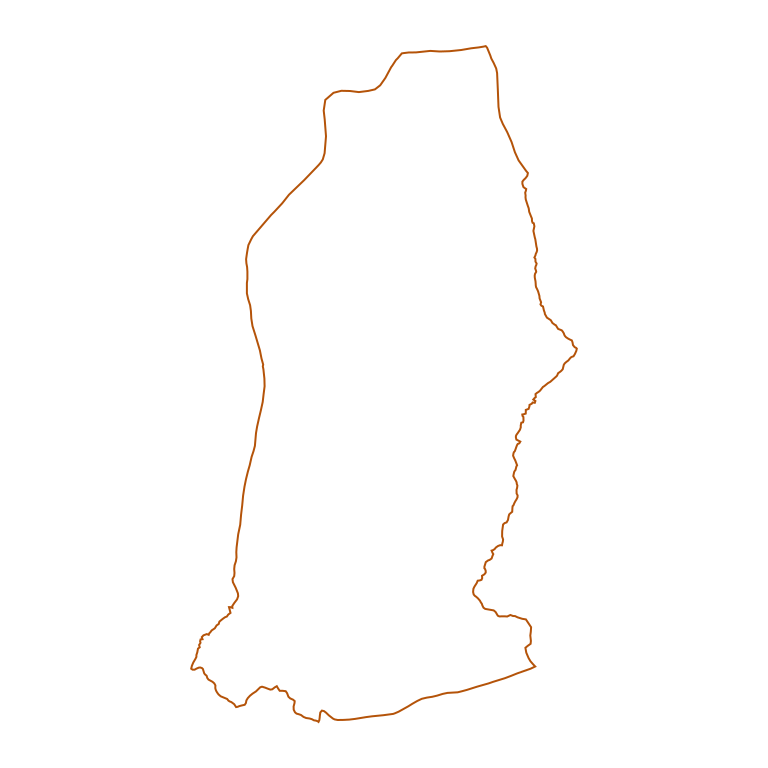 Kampong Trabaek, Prey Vêng, Cambodia
{"feature_id": "14789045B10100754303768", "entity_name": "Kampong Trabaek", "entity_type": "district", "adm_level": 2, "iso_a3": "KHM", "parent_name": "Cambodia", "parent_adm1": "Prey Vêng", "projection": "natural_earth1", "projection_center": [105.549, 11.105], "detail": "fine", "context": "isolated", "style": "outline", "palette": "amber", "viewbox_px": 768, "rotation_deg": 0, "n_neighbors": 0, "source": "geoboundaries", "source_scale": "gbopen_adm2", "svg_char_len": 6094}
<svg xmlns="http://www.w3.org/2000/svg" viewBox="0 0 768 768"><path d="M252.9,236.2L251.2,239.3L248.4,245.1L247.7,248.8L247.0,252.9L246.1,259.2L246.4,263.3L247.1,267.1L247.4,271.6L247.4,279.1L246.9,283.0L246.9,293.4L248.2,299.2L250.1,305.2L250.9,310.9L251.3,318.5L252.5,326.1L255.5,335.6L259.9,350.4L261.5,358.5L263.2,364.7L262.8,366.3L263.4,369.2L264.4,378.6L264.6,386.3L263.6,394.2L262.7,402.0L260.9,410.2L259.0,418.1L257.1,426.6L256.0,433.1L254.9,445.9L253.5,451.2L251.6,456.9L249.7,465.3L247.9,471.5L246.0,479.2L244.5,486.6L243.1,495.7L242.2,505.4L241.1,514.5L240.2,524.8L238.2,534.3L236.6,547.3L236.3,552.1L236.5,557.4L235.9,561.3L234.6,565.2L234.2,569.0L234.5,572.9L234.2,576.1L232.5,579.1L232.9,582.2L235.7,587.8L237.9,593.3L238.2,596.1L237.1,599.3L234.2,603.1L232.3,606.0L232.4,607.8L230.3,607.1L229.0,607.1L230.5,612.9L228.2,614.6L226.9,616.5L224.9,617.3L222.7,618.9L219.4,621.6L218.7,624.0L216.6,625.4L214.8,628.3L211.7,630.4L210.2,632.4L209.2,633.4L208.7,634.8L206.8,634.1L203.5,635.3L201.8,637.1L202.5,639.2L200.6,639.4L200.1,641.2L200.5,642.8L199.1,645.0L199.7,647.3L198.0,648.6L197.3,652.3L196.4,655.0L196.4,656.9L195.4,658.9L193.3,662.5L191.9,665.8L191.2,668.7L192.6,669.7L194.6,669.7L196.5,668.6L198.9,667.6L200.3,667.5L202.0,668.1L202.9,669.0L204.2,673.3L205.0,674.4L206.6,675.7L207.3,678.0L208.5,679.6L212.5,681.8L214.3,683.4L215.4,685.4L215.3,688.1L215.7,689.7L216.4,691.3L217.2,692.6L218.5,694.4L220.7,696.3L227.2,699.0L228.4,700.6L229.6,701.4L231.4,702.1L234.2,704.2L236.1,707.1L237.7,706.8L239.3,706.1L241.6,705.5L244.7,704.8L245.9,703.0L246.4,700.4L247.8,698.1L250.0,695.7L252.6,693.6L256.0,691.4L260.2,687.3L262.0,686.7L265.0,687.6L267.8,688.7L270.3,689.6L272.3,689.3L274.7,687.4L276.8,686.2L278.0,688.3L279.7,690.8L282.6,690.8L285.7,691.2L287.1,693.2L288.4,696.7L290.2,698.4L293.1,699.7L294.7,701.1L294.5,703.1L293.6,706.5L293.7,709.7L295.0,712.3L296.5,713.6L298.7,714.2L301.0,715.0L303.5,716.9L306.1,718.0L309.6,718.5L311.9,719.2L313.9,720.3L315.8,720.6L317.6,721.2L318.5,721.9L319.3,720.2L319.7,717.5L319.8,716.1L320.3,712.5L321.9,710.6L324.0,711.1L326.1,712.7L328.9,715.4L333.0,718.6L334.6,719.4L337.7,720.0L343.5,719.9L349.2,719.6L355.1,718.9L366.1,717.1L372.1,716.3L383.4,715.2L393.2,713.9L394.9,713.3L398.6,711.7L408.3,706.3L412.3,703.8L417.2,701.0L421.8,698.8L426.9,697.6L432.2,696.8L437.2,695.6L442.7,693.9L447.5,692.9L457.7,692.3L461.7,691.3L466.9,689.9L477.0,686.7L488.6,683.4L493.2,681.8L504.9,678.2L511.0,675.9L517.2,673.4L530.6,668.7L535.2,666.5L533.4,664.6L530.5,661.3L528.6,658.1L526.3,652.7L525.4,647.8L527.8,645.8L530.6,643.8L530.9,640.9L530.3,635.5L530.8,631.8L531.1,627.2L525.9,619.4L522.2,618.8L517.5,617.3L515.1,616.1L513.0,616.0L510.4,615.0L507.2,616.5L504.4,616.3L499.3,616.4L497.8,615.7L495.6,612.0L493.7,610.4L485.2,608.9L483.5,607.7L482.3,605.3L481.9,603.9L480.8,602.3L479.9,600.6L477.9,598.3L476.1,596.7L474.8,595.8L473.7,594.5L473.1,592.0L473.4,588.8L474.4,586.7L476.7,583.1L477.7,580.7L479.9,580.4L481.5,579.8L482.2,578.1L482.0,575.8L484.4,574.3L485.7,572.6L485.7,570.9L485.1,569.1L484.4,568.3L484.4,566.7L485.8,562.1L488.3,560.3L489.5,560.0L491.6,558.5L492.6,555.6L493.3,554.1L492.5,552.8L491.6,550.6L493.1,550.1L494.6,549.1L495.9,547.5L498.0,546.0L500.1,545.2L502.0,545.3L502.3,543.5L502.8,541.8L503.1,539.5L502.1,536.5L502.2,531.0L503.1,524.5L504.6,523.1L506.6,522.4L508.0,519.9L508.6,516.5L509.2,514.4L510.6,513.1L512.2,511.8L512.4,508.2L512.6,506.2L513.4,505.4L514.4,503.0L515.4,501.1L516.4,499.6L517.5,497.3L517.6,495.4L516.6,493.5L516.6,492.4L516.5,489.9L517.1,487.8L517.4,485.5L516.8,484.0L516.6,482.3L515.9,480.7L514.7,478.7L513.3,476.1L513.8,473.6L514.2,471.9L514.8,470.8L515.5,470.0L516.4,466.4L517.1,465.3L515.3,460.5L514.1,458.1L513.1,455.7L513.4,453.8L513.8,452.3L514.8,451.2L515.6,449.1L516.2,447.3L517.0,445.2L517.7,444.0L519.3,443.3L520.3,441.6L516.4,439.6L515.9,437.5L515.9,436.1L516.5,434.7L517.8,433.0L520.0,429.7L520.8,427.2L520.7,425.8L521.0,424.1L521.3,422.7L523.0,422.3L523.5,420.6L523.4,417.0L522.5,415.9L522.3,414.5L523.9,414.2L525.7,413.6L525.8,411.7L525.8,409.9L528.6,408.9L529.4,406.5L529.5,404.9L531.8,403.7L532.6,402.5L534.8,402.8L535.4,401.0L533.3,399.5L534.5,398.1L535.8,397.1L535.5,394.1L536.8,393.0L538.7,391.8L540.1,390.6L542.9,387.0L544.3,386.1L548.0,383.1L550.3,381.8L556.8,376.0L557.6,374.5L558.0,373.3L560.5,371.5L561.3,370.8L562.7,369.3L563.8,364.8L564.7,363.4L566.5,361.8L568.3,360.5L569.8,358.6L570.9,357.4L572.2,356.7L573.5,356.3L574.9,354.0L576.3,350.9L576.8,348.6L576.0,347.8L574.7,347.2L573.0,345.1L572.5,342.3L571.8,340.4L570.0,339.6L568.1,338.6L566.0,337.2L564.8,335.8L564.2,334.6L563.9,333.5L562.7,331.5L561.7,330.3L558.1,328.9L555.8,325.2L554.5,324.6L553.6,323.8L552.5,323.1L550.8,320.2L546.9,317.6L544.9,314.0L544.7,312.6L543.9,310.4L543.0,306.5L541.4,305.7L540.5,304.4L541.1,302.3L539.6,298.4L539.4,295.9L538.1,291.4L537.1,289.1L536.1,287.2L535.8,285.7L535.7,283.8L535.5,281.3L534.8,277.7L534.7,275.7L535.0,273.9L536.2,271.8L536.0,270.7L535.2,268.5L535.6,266.4L536.3,264.9L536.6,263.5L535.5,261.7L535.4,258.9L534.4,257.5L535.4,255.5L535.8,253.8L536.6,252.2L537.1,250.5L537.0,248.7L536.4,246.4L535.3,239.2L534.8,237.5L533.4,230.9L534.4,226.3L533.8,223.3L532.6,222.8L532.0,221.0L531.9,218.5L531.1,216.6L529.2,211.8L528.7,208.3L527.8,205.8L525.8,199.6L525.5,197.3L525.6,195.5L525.2,192.7L525.9,190.7L526.2,189.0L524.5,187.9L523.4,187.0L522.4,183.9L522.4,181.6L523.8,179.8L525.3,178.4L526.2,177.3L527.3,175.8L527.9,173.0L526.1,170.9L518.6,160.4L514.9,152.2L511.6,142.1L507.2,132.1L502.8,123.9L500.1,117.5L498.5,106.8L497.8,89.0L497.1,73.1L496.2,68.5L493.7,63.0L491.3,58.5L490.3,55.5L487.1,47.7L485.7,46.1L483.6,46.6L478.8,47.4L471.1,48.3L461.2,50.0L449.6,51.2L439.7,51.5L430.3,50.9L416.0,52.4L408.6,52.5L403.6,53.1L401.8,53.4L400.3,55.2L397.7,58.3L395.9,60.1L392.2,65.8L391.2,67.1L385.4,77.9L380.2,85.3L374.9,89.4L368.3,90.9L358.9,92.1L350.0,91.0L341.4,90.8L333.5,92.8L325.3,99.9L323.7,110.6L324.7,119.4L326.0,136.3L324.6,153.2L322.8,159.4L320.9,162.4L318.5,165.2L304.2,180.1L289.0,194.7L282.2,203.3L274.3,211.8L271.1,215.0L252.9,236.2Z" fill="none" stroke="#b45309" stroke-width="2"/></svg>